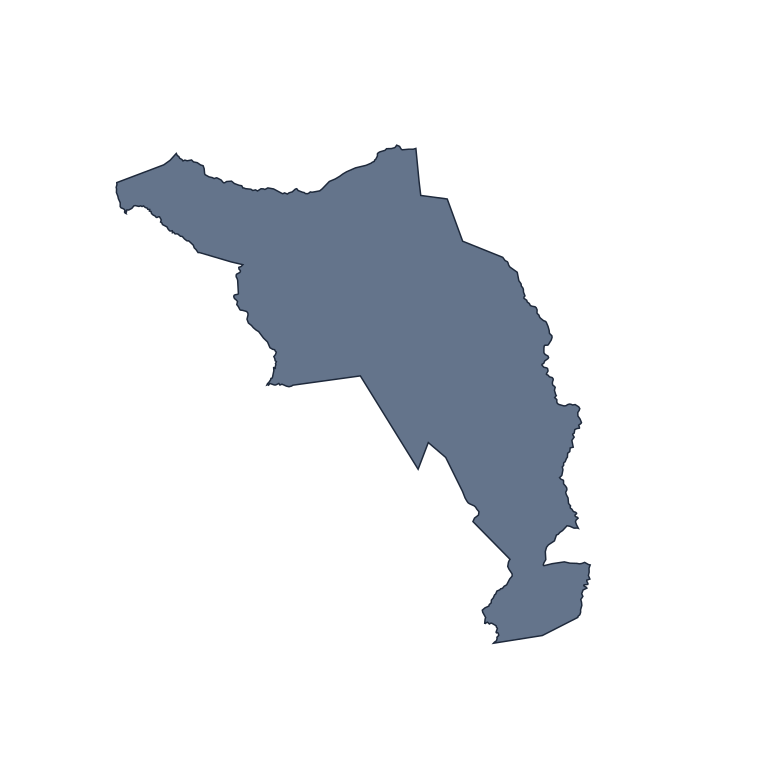 the district of Intibuca, Intibucá, Honduras, rotated 157°
{"feature_id": "27666195B5918981797779", "entity_name": "Intibuca", "entity_type": "district", "adm_level": 2, "iso_a3": "HND", "parent_name": "Honduras", "parent_adm1": "Intibucá", "projection": "mercator", "projection_center": [-88.141, 14.453], "detail": "fine", "context": "isolated", "style": "filled", "palette": "slate", "viewbox_px": 768, "rotation_deg": 157, "n_neighbors": 0, "source": "geoboundaries", "source_scale": "gbopen_adm2", "svg_char_len": 6164}
<svg xmlns="http://www.w3.org/2000/svg" viewBox="0 0 768 768"><g transform="rotate(157 384 384)"><path d="M264.9,136.9L266.3,137.9L269.0,141.4L272.0,141.5L274.4,142.1L276.5,143.5L282.8,146.4L287.5,149.8L299.4,152.9L307.4,154.2L308.0,154.5L308.1,155.2L306.7,156.9L303.7,159.1L301.0,166.7L298.2,170.2L295.5,171.7L288.4,173.0L284.3,177.6L282.3,177.6L280.1,178.7L276.9,179.3L270.9,182.0L268.5,180.4L265.4,177.1L262.2,175.8L261.5,175.2L261.8,179.2L261.6,182.3L260.4,183.7L257.8,184.6L257.9,185.5L259.4,187.0L259.7,188.1L259.3,188.8L257.4,189.4L257.2,189.8L257.7,191.0L259.5,192.6L260.0,195.5L260.9,196.7L260.6,198.3L259.9,198.8L260.8,202.0L259.1,207.2L259.4,210.8L259.2,212.9L258.9,213.5L257.0,215.1L256.4,216.9L256.7,218.8L257.7,222.0L256.6,224.6L256.5,225.3L258.4,227.4L259.0,229.2L256.0,230.4L252.8,235.1L252.3,238.0L250.5,238.8L249.5,241.1L248.8,241.5L247.7,241.6L245.0,244.3L243.8,244.9L242.0,248.5L239.4,249.2L237.6,252.4L234.5,251.9L233.1,258.7L229.7,260.8L230.1,263.4L229.9,264.1L228.1,264.5L226.2,267.5L224.0,267.6L221.4,267.0L221.0,267.8L220.9,270.0L218.1,270.7L217.3,271.3L217.2,275.1L218.0,278.8L216.8,282.0L214.7,283.4L213.4,284.8L213.7,286.9L216.1,290.4L218.6,291.0L219.8,292.3L221.2,293.1L223.1,293.3L225.0,292.9L226.9,293.5L231.3,297.1L232.0,298.6L232.0,299.8L231.0,302.1L232.2,304.8L229.9,306.0L230.1,307.1L229.6,311.6L227.7,314.1L228.2,315.6L229.0,316.8L228.9,318.4L228.1,320.1L226.6,321.7L226.3,322.9L226.7,324.2L228.9,326.0L229.5,328.0L230.7,329.3L230.4,330.0L227.9,331.9L227.4,334.2L227.8,335.1L230.4,337.1L231.2,339.7L230.8,340.4L228.9,340.6L227.1,342.4L223.4,343.2L222.2,343.9L222.1,345.6L224.1,348.2L224.6,350.3L222.9,354.3L221.7,356.4L220.7,356.8L218.5,355.9L217.5,355.9L212.9,359.1L211.1,361.2L210.6,362.7L211.9,366.0L211.0,368.9L210.5,372.9L210.5,377.6L211.0,378.7L212.4,380.0L214.2,383.4L214.6,384.6L214.5,387.0L215.4,389.0L215.3,389.9L214.1,392.4L214.1,394.7L214.8,396.1L217.4,397.8L218.6,399.0L218.8,401.4L220.1,403.5L219.9,405.3L221.7,408.2L221.2,409.3L219.8,410.0L219.7,414.0L218.7,416.8L218.7,418.5L219.3,420.4L218.7,422.7L219.5,426.4L217.7,434.8L222.4,442.5L222.8,444.7L222.5,447.3L222.7,448.4L224.3,450.3L225.2,454.2L255.8,484.7L253.5,529.6L276.5,543.2L272.7,556.3L262.6,588.4L265.4,588.7L269.3,590.4L275.8,592.5L276.5,593.9L276.8,596.6L279.0,598.9L281.0,597.6L282.0,597.4L285.1,597.8L289.7,599.6L291.8,598.7L297.1,599.3L298.9,599.1L300.1,598.5L301.0,596.4L303.8,594.1L305.1,593.8L306.0,592.7L308.1,592.7L309.7,592.3L315.1,592.3L325.8,594.1L335.4,594.0L339.9,593.4L343.6,592.5L348.8,591.8L355.2,591.8L364.6,587.8L367.7,586.9L375.3,588.6L376.8,589.6L378.9,589.0L380.2,589.1L381.9,590.0L382.9,591.7L383.7,592.0L387.5,595.7L387.8,597.4L388.3,598.0L389.7,598.0L393.4,596.7L396.7,597.1L398.7,596.6L400.9,598.8L402.6,598.7L403.2,599.0L409.4,606.7L414.3,609.9L417.6,609.6L418.7,610.7L420.9,611.8L425.0,611.1L426.4,612.9L429.2,613.4L430.4,615.3L435.1,617.9L436.5,619.3L437.3,619.6L437.5,622.1L439.8,623.6L443.4,627.0L445.1,630.3L449.8,631.9L451.9,631.5L452.9,631.8L453.4,632.6L454.2,635.4L457.0,638.8L457.7,639.3L460.1,639.5L461.4,641.1L464.1,643.0L466.9,646.6L466.9,647.8L465.4,652.5L465.2,655.6L467.3,657.4L469.4,660.7L472.6,662.9L473.6,665.4L478.0,666.4L479.8,667.9L481.9,667.9L482.3,669.6L483.9,671.7L484.0,673.6L485.0,675.0L485.1,677.4L493.5,673.5L501.1,671.8L551.3,673.8L552.0,671.8L553.7,669.7L554.0,668.0L555.5,664.8L555.6,660.9L556.1,658.3L556.0,653.9L557.5,650.4L557.2,648.9L555.3,647.0L554.8,645.9L554.7,644.3L555.3,644.2L555.7,643.5L555.4,642.3L554.8,641.7L554.8,642.4L553.7,643.1L553.4,644.1L552.7,644.7L550.9,643.9L547.5,644.2L544.6,645.7L543.2,645.4L540.2,643.2L538.4,643.1L537.4,641.9L535.8,641.9L534.8,639.8L533.3,638.5L533.2,637.1L531.5,636.2L532.4,634.9L531.1,633.8L531.4,631.7L530.4,629.6L529.2,628.3L528.6,626.5L528.0,626.0L525.9,626.0L525.3,625.6L524.9,622.1L526.4,620.4L525.6,619.3L525.6,617.3L522.4,613.4L522.2,610.9L521.5,608.8L520.9,608.3L519.1,607.8L519.7,605.9L518.3,605.9L517.7,603.8L516.2,603.3L515.1,602.5L513.7,599.6L512.0,598.6L511.0,595.5L509.6,593.0L509.2,592.6L508.1,592.3L507.6,591.5L505.3,586.3L505.5,583.5L504.5,581.1L503.8,577.6L502.4,577.0L477.1,556.2L467.3,549.0L469.5,548.0L472.1,548.1L472.6,546.4L471.9,544.5L472.0,544.0L473.1,543.0L476.7,542.7L477.5,542.1L478.2,540.4L478.0,538.4L478.2,536.6L482.7,524.2L483.4,523.7L486.2,524.3L487.3,524.2L488.0,523.5L488.3,522.2L488.2,521.0L487.1,518.9L486.6,517.2L488.5,514.6L487.9,512.4L487.6,508.7L487.2,508.1L485.3,507.0L482.1,504.4L481.6,502.5L482.2,500.7L484.8,497.2L485.0,493.1L483.1,489.6L482.3,486.9L480.7,483.7L478.9,481.2L477.0,473.4L474.8,468.2L474.8,462.0L473.0,459.5L471.3,458.3L471.2,456.7L470.7,455.4L472.4,453.5L474.7,452.3L474.6,450.0L475.1,448.0L474.3,446.6L476.0,445.1L476.0,444.0L477.2,442.6L477.9,440.9L478.2,440.8L478.9,442.2L479.2,442.2L480.2,439.3L484.0,433.8L484.9,433.1L485.9,433.3L486.7,432.2L489.5,430.4L491.0,429.9L492.1,428.9L491.4,428.9L490.7,428.0L489.3,428.9L488.6,428.9L485.4,426.0L484.0,425.4L480.6,425.6L480.2,423.7L478.0,423.7L474.6,420.1L472.5,418.6L469.9,418.2L468.3,418.5L402.6,400.7L385.9,292.2L366.1,312.8L355.9,292.3L353.7,254.3L353.9,247.4L353.5,244.1L353.0,241.8L352.1,240.4L348.6,236.6L347.8,234.9L347.5,232.7L346.5,229.3L348.3,226.4L353.1,225.2L355.9,222.6L336.5,173.4L337.7,172.6L339.1,171.3L341.4,167.7L341.3,164.6L340.3,159.4L340.6,158.1L341.3,157.0L344.5,155.4L349.6,151.2L352.4,150.9L354.8,149.6L356.6,149.9L357.9,149.3L361.0,149.3L363.3,147.0L364.6,146.7L367.0,144.4L369.6,143.1L370.8,140.7L373.3,139.8L374.3,138.6L378.5,138.5L381.9,137.4L382.3,135.3L381.7,129.3L382.8,128.1L384.8,124.4L384.1,123.9L383.0,124.4L381.8,124.3L380.8,121.9L379.0,122.1L378.2,121.6L375.3,117.7L375.5,116.4L375.1,114.7L377.8,111.8L377.7,111.0L376.8,110.9L376.4,110.4L376.3,109.0L376.7,107.7L379.0,106.8L379.4,105.5L380.8,103.7L383.2,103.2L384.5,102.6L336.5,90.6L296.8,93.4L296.2,94.3L293.9,95.1L292.8,96.3L292.1,97.2L291.3,99.3L288.4,102.9L287.4,106.1L287.1,108.7L283.9,110.8L284.0,113.7L281.2,116.6L277.0,116.8L277.1,117.7L278.8,119.9L278.8,120.7L278.2,120.9L274.7,119.9L274.2,120.7L274.4,123.1L274.0,124.2L270.7,124.0L270.7,127.8L268.7,130.6L267.2,134.4L264.9,136.9Z" fill="#64748b" stroke="#1e293b" stroke-width="1.5"/></g></svg>